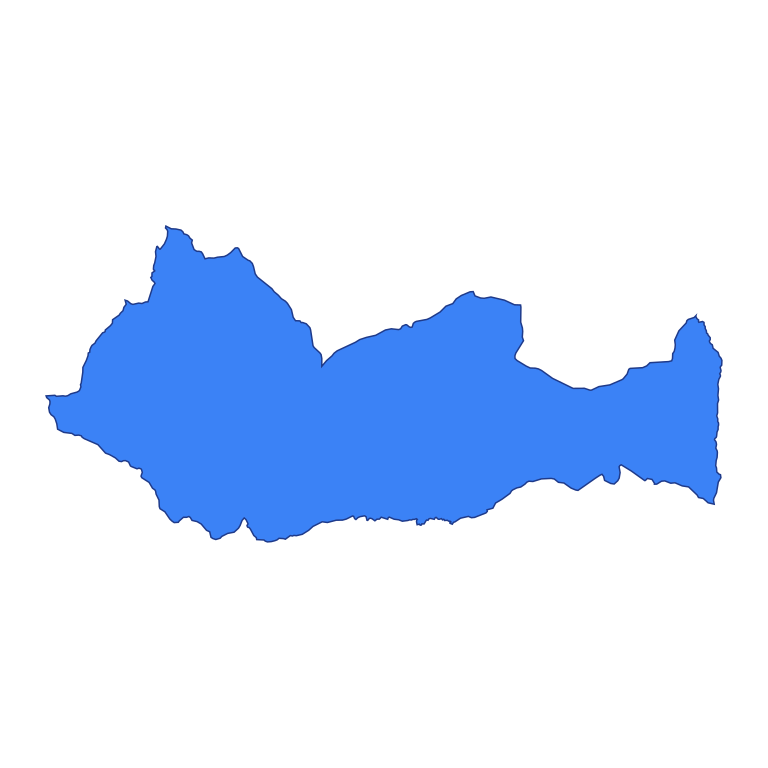 Gameza, Boyacá, Colombia
{"feature_id": "7082276B32812076646031", "entity_name": "Gameza", "entity_type": "district", "adm_level": 2, "iso_a3": "COL", "parent_name": "Colombia", "parent_adm1": "Boyacá", "projection": "robinson", "projection_center": [-72.725, 5.81], "detail": "fine", "context": "isolated", "style": "filled", "palette": "blue", "viewbox_px": 768, "rotation_deg": 0, "n_neighbors": 0, "source": "geoboundaries", "source_scale": "gbopen_adm2", "svg_char_len": 6088}
<svg xmlns="http://www.w3.org/2000/svg" viewBox="0 0 768 768"><path d="M57.6,429.2L63.8,432.4L71.9,433.4L74.9,435.4L78.7,435.1L81.3,435.8L82.1,437.2L84.3,438.7L97.9,444.6L105.5,453.1L109.5,454.6L115.4,457.9L119.0,461.2L121.5,461.6L123.4,460.7L125.5,460.6L128.6,462.0L130.4,465.9L131.3,466.5L137.0,468.8L139.0,468.2L140.9,468.8L141.6,469.8L142.3,472.5L141.2,475.5L141.1,476.5L141.9,477.8L149.1,482.4L152.5,488.2L154.9,489.9L155.6,491.2L156.1,494.1L159.0,500.1L159.3,506.7L160.0,508.7L164.9,511.8L169.8,519.0L172.0,521.1L174.2,522.6L178.3,522.3L179.3,520.9L183.4,517.3L186.6,517.3L188.9,516.5L190.3,517.5L192.0,520.4L197.1,521.6L201.2,524.0L206.5,530.3L209.7,531.8L211.0,537.3L212.8,538.5L215.8,539.5L220.2,538.2L221.8,536.4L227.7,533.4L234.1,532.2L238.5,528.2L240.1,525.5L242.1,520.4L244.2,518.0L246.0,519.6L247.9,523.4L247.8,524.5L247.0,525.3L247.3,526.6L247.9,527.3L249.1,527.5L250.4,529.1L253.8,535.5L256.3,537.6L256.7,539.6L264.0,540.0L265.2,541.1L267.4,541.9L271.3,541.6L274.9,540.7L277.2,539.8L279.0,538.3L283.5,538.6L285.4,539.2L290.3,535.6L292.5,536.0L293.9,535.4L296.3,535.7L302.3,534.3L308.7,530.3L313.0,526.4L322.2,521.8L327.4,522.5L336.3,520.2L342.5,520.1L346.2,519.1L352.5,516.0L353.6,516.3L354.7,518.7L355.9,519.5L358.0,517.6L360.0,516.7L364.6,515.8L366.1,516.8L367.0,520.3L367.7,520.4L369.4,518.4L370.4,518.2L372.0,518.7L374.9,520.8L376.9,519.2L379.4,519.1L381.2,517.2L387.7,519.3L388.3,517.6L389.3,517.1L394.1,519.2L398.8,519.8L402.3,521.2L407.9,520.5L409.5,519.9L411.7,520.0L412.7,519.4L414.6,519.4L416.3,518.7L417.3,519.4L416.7,520.2L416.5,521.7L417.1,524.7L419.4,524.2L420.2,525.2L421.4,525.0L421.8,523.9L424.1,523.9L426.2,520.4L426.8,520.0L428.0,520.3L428.9,518.9L430.3,518.4L434.3,519.3L435.3,517.6L436.2,517.4L438.2,519.2L439.3,519.3L441.4,518.6L442.5,519.9L443.5,519.3L444.1,519.5L444.5,520.5L447.3,520.3L448.6,521.1L450.5,521.4L450.9,521.9L449.9,522.6L450.0,523.3L452.3,524.2L453.5,522.3L454.9,521.9L460.5,518.2L468.4,516.4L471.4,517.7L474.6,517.4L486.0,512.9L487.3,511.4L487.0,509.8L492.9,508.2L495.6,503.0L501.9,499.3L510.0,493.4L511.5,490.9L512.9,489.8L516.8,487.9L520.8,487.0L525.0,484.1L526.8,482.2L528.9,481.2L532.9,481.5L541.4,478.9L551.2,478.4L554.3,479.0L558.4,482.3L563.9,483.0L571.1,488.1L575.7,490.0L578.0,490.4L595.4,478.2L600.0,475.2L602.0,474.3L603.6,476.3L604.6,480.4L610.8,483.5L614.2,484.0L617.8,480.7L619.2,478.1L620.1,472.6L619.1,466.8L619.8,465.6L621.2,464.8L631.3,471.0L644.7,480.6L645.3,480.5L647.4,478.5L652.0,479.4L654.4,483.2L654.4,484.2L656.8,484.1L661.5,481.2L664.8,480.9L670.7,483.2L675.0,482.8L682.2,485.9L688.6,486.9L697.2,495.1L698.5,497.5L703.3,498.5L708.1,502.8L714.2,504.2L713.5,500.2L713.8,498.4L716.5,492.7L718.3,482.1L720.9,477.7L720.5,474.7L719.0,474.1L716.8,472.0L716.5,467.9L715.7,465.7L716.2,460.5L717.1,457.4L717.4,452.6L717.2,451.0L715.8,448.1L716.5,444.7L716.3,443.1L715.9,441.6L714.5,439.8L714.8,438.6L716.2,437.4L716.6,436.2L717.0,432.1L718.1,429.5L718.1,426.7L718.6,425.0L718.5,422.9L717.7,421.5L717.8,418.9L716.7,415.9L717.6,412.9L717.5,403.6L718.6,400.0L717.9,395.4L718.5,388.8L717.8,384.4L718.8,379.4L720.4,376.3L720.4,375.1L719.7,373.8L720.8,371.9L721.0,370.5L720.2,367.5L720.5,366.6L721.7,365.2L721.9,360.4L721.0,358.2L719.2,356.1L718.1,352.4L713.1,348.3L712.3,344.8L710.5,343.5L709.5,341.9L709.4,340.8L710.2,339.8L710.2,337.7L708.1,335.1L707.6,333.7L706.6,333.1L706.3,330.6L705.2,328.5L705.2,326.6L704.1,325.0L704.0,322.4L702.5,321.5L698.9,322.3L698.5,321.6L698.6,320.0L696.7,318.5L696.3,317.2L695.6,316.8L695.9,315.7L694.1,317.5L688.3,319.4L686.9,320.6L686.2,323.0L678.9,330.8L674.7,340.1L675.3,344.8L675.0,348.1L674.2,351.4L672.7,353.6L672.5,358.5L671.7,360.8L668.6,361.6L650.0,362.7L646.7,365.9L642.6,367.7L630.1,368.4L628.8,369.3L627.1,374.1L623.2,378.8L621.9,379.7L609.8,384.9L598.9,386.6L591.5,390.1L590.1,390.2L584.4,388.3L573.1,388.4L552.6,378.4L541.6,370.5L538.4,368.9L535.4,368.2L530.2,368.0L526.2,366.1L517.0,360.5L515.0,358.5L514.9,355.8L515.8,353.1L523.5,340.7L522.3,337.1L522.7,331.4L522.4,327.9L520.7,322.2L520.9,307.1L520.6,305.0L514.5,304.8L504.5,300.2L490.9,297.0L484.2,298.3L480.6,298.0L475.0,295.9L473.2,291.6L470.1,291.8L461.3,295.5L456.2,298.9L452.8,303.6L445.9,306.2L440.1,312.0L430.3,317.9L427.0,319.4L416.3,321.4L414.8,322.1L413.3,323.4L412.2,327.0L410.8,327.4L409.3,326.9L406.7,324.8L405.6,324.7L402.3,326.1L400.6,328.8L398.7,329.6L391.3,328.8L385.4,330.0L375.7,335.3L366.4,337.4L359.7,339.6L355.4,342.3L337.2,350.8L334.1,353.2L332.0,355.9L326.6,360.6L321.8,366.3L321.8,358.5L321.1,354.6L320.0,353.0L314.1,347.5L313.0,345.7L310.6,329.9L309.9,327.7L306.3,323.8L302.6,322.5L301.2,322.6L299.9,320.9L295.5,320.7L293.2,317.3L291.4,309.6L287.4,303.3L285.4,301.2L281.4,298.7L278.3,295.2L274.2,291.8L271.9,288.7L257.4,277.1L255.2,273.8L253.5,266.6L252.3,263.4L249.8,260.8L248.2,260.3L242.6,256.5L238.6,248.5L237.4,247.8L235.2,248.0L230.8,252.5L227.3,255.1L224.3,256.5L217.5,257.2L214.0,258.1L208.8,257.9L205.0,258.8L202.6,253.7L201.3,251.9L199.2,251.3L196.8,251.3L194.1,249.6L191.6,243.0L192.3,240.1L190.0,238.2L188.5,235.8L186.8,234.7L183.9,233.9L182.8,231.7L181.0,230.1L175.9,229.0L171.3,228.8L165.9,226.1L165.5,228.0L167.1,229.7L167.7,231.4L167.4,236.2L166.4,239.4L164.4,243.9L160.3,249.1L159.5,249.1L157.4,246.4L156.8,246.6L155.5,251.7L156.0,256.4L154.7,262.9L153.7,265.6L153.4,269.1L153.6,269.8L154.6,270.4L154.7,271.0L152.0,272.9L151.9,276.6L150.8,277.4L152.1,280.2L154.3,282.2L155.0,283.5L152.9,286.4L148.0,301.8L145.4,302.0L142.0,303.5L138.7,303.1L132.9,304.4L130.8,303.7L127.6,301.0L125.1,300.2L126.2,304.3L123.9,307.3L123.0,310.7L120.3,313.3L119.2,315.1L112.6,319.7L112.4,323.2L110.4,325.7L105.3,330.0L105.1,331.6L104.5,332.1L102.6,332.8L96.1,340.8L95.0,343.1L92.0,345.4L91.0,347.1L90.0,349.4L89.7,352.3L88.3,353.0L88.0,355.8L86.3,360.5L82.9,367.4L82.8,372.1L81.2,383.2L80.5,384.6L80.9,386.9L79.6,390.2L78.8,391.1L77.0,392.1L70.8,393.8L67.7,395.7L65.5,396.2L63.0,395.8L56.4,396.3L54.9,395.3L46.1,395.9L46.7,397.6L49.5,400.0L50.0,401.6L49.9,403.9L48.7,407.7L49.5,412.2L51.1,414.7L53.8,416.7L55.2,419.0L56.8,423.8L57.6,429.2Z" fill="#3b82f6" stroke="#1e3a8a" stroke-width="1.5"/></svg>